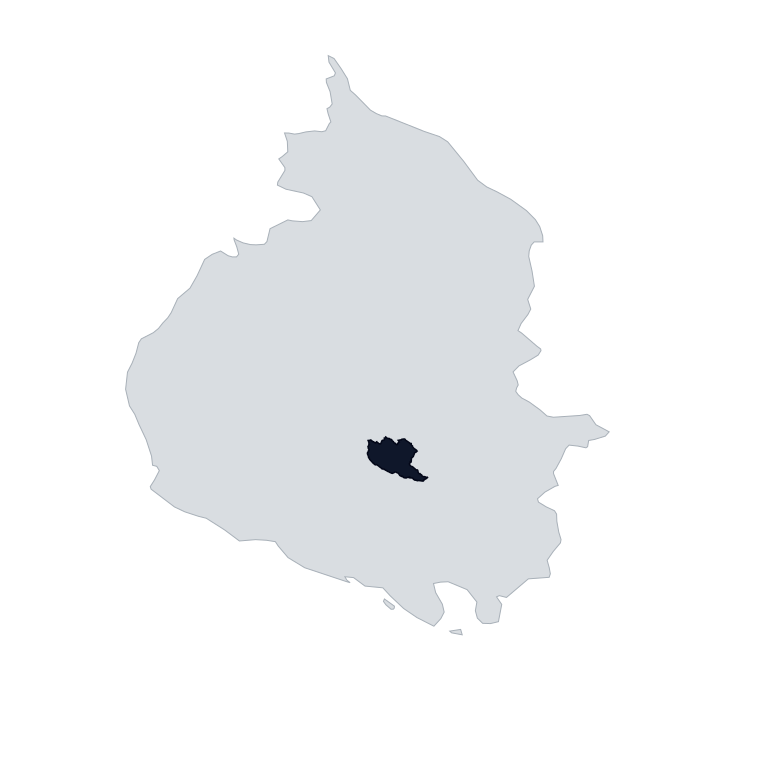 Tuek Phos, Kâmpóng Chhnang, Cambodia shown in context, rotated 309°
{"feature_id": "14789045B78465140350357", "entity_name": "Tuek Phos", "entity_type": "district", "adm_level": 2, "iso_a3": "KHM", "parent_name": "Cambodia", "parent_adm1": "Kâmpóng Chhnang", "projection": "equal_earth", "projection_center": [104.364, 12.056], "detail": "fine", "context": "in_parent", "style": "filled", "palette": "ink", "viewbox_px": 768, "rotation_deg": 309, "n_neighbors": 0, "source": "geoboundaries", "source_scale": "gbopen_adm2", "svg_char_len": 8299}
<svg xmlns="http://www.w3.org/2000/svg" viewBox="0 0 768 768"><g transform="rotate(309 384 384)"><path d="M604.1,134.0L605.5,140.4L602.0,152.5L598.2,163.5L591.0,173.0L590.7,180.1L588.3,201.1L589.3,207.8L591.0,213.6L593.3,216.6L599.7,237.2L605.5,256.0L611.2,271.4L612.3,281.1L607.2,305.8L601.3,328.5L601.8,339.8L604.5,351.1L607.3,366.2L608.4,385.6L607.0,398.2L604.3,406.0L599.1,414.0L594.5,418.1L589.0,411.3L584.7,411.0L578.8,413.1L574.2,416.2L564.9,428.0L554.6,439.4L540.2,442.4L534.6,450.9L528.6,452.1L517.3,452.5L509.8,454.5L510.2,458.8L509.6,479.0L509.8,483.7L508.7,485.0L503.5,485.6L494.8,482.5L483.0,477.5L474.6,476.7L470.3,485.5L467.7,488.9L464.5,489.5L461.2,491.0L460.1,495.0L459.8,499.9L461.4,508.3L462.1,521.7L461.7,530.8L464.8,536.6L482.8,556.0L488.2,560.8L488.8,563.7L485.7,574.3L488.5,589.1L482.8,588.8L473.4,582.5L468.9,578.6L463.4,581.7L461.5,581.1L457.8,573.8L453.0,566.3L448.0,565.9L437.5,568.8L426.7,570.8L422.7,570.8L421.0,572.2L414.8,583.2L412.1,581.3L401.3,577.1L391.4,575.5L389.4,578.4L390.6,587.4L392.8,596.3L391.5,600.0L386.1,604.7L378.9,613.0L374.5,619.5L371.5,621.1L360.5,620.9L349.7,621.7L345.3,627.9L341.2,632.7L337.7,634.0L323.4,618.8L295.2,613.5L292.1,606.8L289.4,605.4L286.8,614.2L271.3,622.5L264.8,617.5L260.1,611.3L260.8,603.9L265.3,597.7L273.0,593.4L276.5,578.0L270.7,558.3L265.6,552.6L260.1,548.0L254.4,555.4L249.6,567.9L244.6,574.3L237.5,575.8L227.2,575.2L223.2,556.5L221.9,540.5L223.3,522.2L224.9,511.4L215.0,496.4L214.4,482.2L209.6,474.9L208.2,478.6L208.3,482.7L207.0,479.7L191.3,438.0L188.7,418.7L191.5,403.8L193.1,398.8L188.6,391.0L182.2,382.1L171.0,370.4L170.3,352.0L167.8,330.3L164.4,323.0L159.3,309.6L156.6,298.5L155.7,269.2L157.2,266.9L165.1,266.0L175.3,263.9L177.0,259.2L175.2,255.3L181.7,248.7L191.1,234.2L198.4,219.0L203.6,209.4L206.8,200.0L217.3,186.5L231.8,177.2L241.7,175.1L251.9,171.9L261.8,167.4L266.4,167.0L278.6,172.4L285.2,173.8L292.1,173.7L299.3,174.3L305.6,173.7L320.5,169.9L336.4,172.9L350.5,170.6L368.0,166.2L376.7,168.9L384.5,173.3L385.6,182.2L387.4,186.3L390.0,189.4L393.5,189.4L398.0,183.2L401.7,176.8L402.9,175.6L403.1,178.8L405.0,185.7L408.3,192.5L411.7,197.1L417.3,203.1L421.0,203.4L433.0,197.7L451.0,206.0L453.1,210.1L458.9,218.5L465.2,224.6L479.2,225.0L484.2,210.1L481.7,201.1L473.7,185.3L471.5,176.0L474.1,174.4L487.6,172.6L489.8,170.8L492.7,160.6L496.4,161.7L503.9,163.1L511.8,156.1L516.5,148.7L519.1,152.1L521.9,157.2L525.0,160.2L530.7,164.6L537.0,170.8L540.9,176.9L544.1,179.3L552.1,177.6L554.2,177.8L558.9,170.5L562.1,166.4L564.9,167.6L569.0,167.5L577.3,158.1L582.1,149.5L584.7,147.1L592.2,151.4L595.2,150.5L599.5,138.7L604.1,134.0ZM217.9,531.9L216.3,533.0L214.9,533.0L213.4,531.2L213.6,524.5L214.7,520.4L217.2,519.6L217.9,531.9ZM241.5,598.0L238.3,602.6L233.2,593.2L233.3,590.6L241.5,598.0Z" fill="#d9dde1" stroke="#a8b0b8" stroke-width="1"/><path d="M330.1,407.2L329.7,408.0L329.2,408.6L329.0,409.2L328.7,409.5L328.4,409.6L328.2,409.8L328.0,410.3L328.0,410.5L327.9,410.6L327.6,410.3L327.4,410.5L327.0,410.5L326.7,410.8L326.2,411.0L326.0,410.8L325.7,410.9L325.3,410.9L325.2,411.1L325.0,411.3L324.9,411.4L324.8,411.7L324.6,411.8L324.3,412.0L324.0,412.5L323.9,412.7L323.8,413.2L323.6,413.7L323.4,413.6L322.8,414.1L322.6,414.1L322.3,414.2L322.1,414.0L321.8,414.2L321.3,414.3L321.2,414.4L320.8,414.5L320.6,414.4L320.5,414.5L320.0,414.5L319.6,414.8L319.5,415.0L319.3,415.2L319.0,415.5L318.7,416.3L318.2,416.8L318.1,417.5L317.9,417.5L317.6,417.9L317.5,418.0L317.3,418.1L317.1,418.3L317.0,418.7L317.1,419.0L316.8,419.5L316.6,420.0L316.4,420.3L316.4,420.8L316.2,421.3L316.0,423.2L315.6,425.2L315.8,425.5L316.0,425.6L316.0,425.9L315.9,426.1L315.6,426.4L315.6,426.6L315.6,427.1L315.6,427.3L315.6,427.8L315.8,428.3L316.2,428.4L316.4,428.7L316.6,428.8L316.6,429.2L316.8,429.4L316.7,429.8L316.8,430.0L316.8,431.1L316.9,431.9L316.8,432.3L316.8,433.0L316.9,433.3L316.9,434.6L316.9,434.9L316.9,435.3L317.0,435.8L316.8,436.1L317.0,436.3L317.3,436.3L317.5,436.9L317.7,437.1L317.8,437.4L317.7,437.8L317.9,437.9L317.8,438.2L317.9,438.6L318.1,438.9L318.0,439.5L318.3,440.6L318.3,441.2L318.4,441.3L318.5,441.5L318.4,441.8L318.5,442.3L318.7,442.6L318.8,442.8L318.9,444.1L319.1,444.5L319.2,445.1L319.5,446.2L319.8,446.7L320.1,447.0L321.0,447.3L321.4,447.6L322.2,447.8L322.5,447.8L322.8,448.2L323.0,448.7L323.1,449.0L323.2,449.8L323.5,450.5L323.6,451.1L323.4,452.3L322.9,453.6L322.9,454.4L323.1,454.8L323.1,455.1L323.1,455.3L323.3,455.5L323.2,455.7L323.2,455.8L323.4,456.1L323.6,456.1L323.5,456.3L323.7,456.5L323.7,457.0L323.9,456.9L324.0,457.0L323.9,457.6L323.8,457.8L323.7,457.9L323.7,458.1L323.8,458.2L323.8,458.4L323.8,458.7L324.3,459.4L324.7,459.7L324.7,459.9L324.8,459.9L324.9,460.2L325.1,460.2L325.2,460.5L325.5,460.5L325.8,460.8L326.1,460.9L326.2,461.1L326.4,461.3L326.5,461.5L326.8,461.6L326.8,461.9L327.3,462.1L327.3,462.4L327.3,462.5L327.4,462.4L327.5,462.6L327.8,462.6L327.7,462.8L327.8,462.9L327.8,463.0L327.9,463.7L328.0,463.7L328.2,464.0L328.3,464.4L328.3,464.5L328.5,464.7L328.5,464.9L328.6,465.0L328.8,465.3L328.9,465.5L328.8,465.8L328.8,466.1L328.6,466.3L328.6,466.5L328.7,466.8L328.5,467.1L328.6,467.3L328.8,467.9L328.7,468.0L328.8,468.2L328.7,468.5L328.8,468.6L329.0,469.0L329.4,469.2L329.5,469.5L329.5,470.0L329.7,470.4L329.8,470.7L330.0,470.7L330.0,471.0L330.4,471.3L330.6,471.5L331.0,471.9L331.0,472.1L331.4,472.5L331.5,472.9L331.8,473.2L331.9,473.5L332.1,473.5L332.2,474.0L332.6,474.8L333.0,475.0L333.1,475.4L333.4,475.6L333.7,475.3L333.9,475.4L334.4,475.2L334.9,475.7L335.2,475.5L335.4,475.4L335.5,475.5L335.9,475.7L336.0,475.9L336.2,476.1L336.3,476.1L336.6,476.0L337.0,476.4L337.3,476.5L337.4,476.4L337.5,476.4L337.8,476.4L338.0,476.5L338.7,476.7L338.8,476.4L338.5,476.3L338.4,476.2L338.3,475.8L338.1,475.5L338.0,475.1L337.9,475.0L337.9,474.7L337.7,474.5L337.7,474.2L337.6,473.8L337.0,473.3L336.7,472.6L336.7,472.3L336.7,472.2L336.4,471.7L336.6,471.3L336.6,471.2L336.8,471.0L336.8,470.8L337.0,470.6L336.9,469.3L336.8,469.2L336.9,468.6L337.0,468.4L336.5,468.0L336.4,467.8L336.5,467.2L336.7,466.5L336.8,466.2L338.0,464.8L338.2,464.4L338.2,464.0L338.2,463.9L337.7,463.3L337.4,462.9L337.6,461.4L337.6,459.9L337.7,459.2L337.6,458.4L337.6,457.9L337.4,457.5L337.1,456.8L337.1,456.6L337.1,455.6L337.1,455.4L337.2,454.8L337.7,454.4L337.8,454.4L337.8,454.2L338.1,454.1L338.1,453.9L338.3,453.9L338.7,453.9L339.1,453.7L339.6,453.9L339.7,453.7L339.8,453.9L340.0,454.1L340.2,453.9L340.7,454.0L340.9,453.9L340.9,453.7L341.0,453.7L341.4,453.6L341.5,453.6L341.6,453.3L342.0,453.1L342.3,452.8L342.7,452.7L342.9,452.5L343.1,452.5L343.3,452.4L343.7,451.8L344.0,451.9L344.8,452.2L345.4,452.3L345.9,452.4L346.8,452.2L347.9,451.7L348.7,451.6L349.4,451.1L349.6,451.1L350.2,451.2L350.7,451.6L351.1,451.6L351.6,451.9L352.1,451.6L352.4,451.7L352.7,451.9L353.0,451.1L353.0,450.7L352.9,448.8L352.7,448.3L352.9,447.4L352.9,447.0L353.2,445.7L353.8,445.1L353.7,444.2L353.8,443.7L353.9,443.4L354.5,443.1L354.7,442.8L354.9,442.6L354.7,442.3L354.2,441.9L354.4,441.5L354.3,441.0L354.3,439.9L354.2,439.1L354.2,438.3L354.1,437.8L354.1,437.6L354.0,437.3L354.0,436.7L353.9,436.0L353.9,435.9L354.2,435.5L354.3,435.3L354.2,435.2L354.1,434.4L353.9,434.1L353.3,433.7L353.1,433.5L353.1,433.4L352.8,433.2L352.5,432.7L352.2,432.6L351.3,432.5L350.9,431.9L350.3,431.5L349.9,431.0L349.5,430.9L349.1,430.5L348.5,432.5L347.5,432.1L347.0,432.0L346.1,432.2L345.6,432.5L344.9,432.2L344.8,431.8L344.7,430.6L344.7,430.4L345.0,430.4L345.0,429.9L344.7,429.2L344.7,428.6L344.8,428.1L345.2,427.5L345.0,426.7L345.0,426.3L345.2,425.8L345.5,425.3L345.5,424.6L345.4,424.2L344.8,423.7L344.7,423.5L344.8,423.4L344.9,423.2L345.0,423.1L345.0,422.5L344.9,422.2L344.6,422.0L344.3,421.3L344.0,421.0L343.9,420.8L343.9,419.9L343.8,419.6L343.9,419.1L344.0,418.9L344.0,418.6L343.9,418.6L343.7,419.0L343.6,418.9L343.3,419.0L343.2,418.8L342.8,418.8L342.7,418.8L342.2,418.2L342.0,418.3L341.7,418.8L341.3,419.2L341.0,419.3L340.3,419.1L339.2,418.2L338.9,418.1L338.2,418.2L335.7,419.0L335.3,419.0L335.0,418.7L334.5,417.7L334.5,417.0L334.5,416.2L334.4,415.7L334.4,415.3L334.4,415.1L334.6,414.7L334.1,414.5L333.8,414.7L333.3,414.5L333.2,414.6L332.9,414.7L332.7,414.1L332.5,413.3L332.6,412.5L332.6,412.2L332.2,411.6L332.2,411.3L332.3,410.8L332.2,410.5L332.0,410.0L332.1,409.4L332.3,409.0L332.1,408.8L331.6,408.7L330.7,407.7L330.3,407.4L330.1,407.2Z" fill="#0f172a" stroke="#020617" stroke-width="1.5"/></g></svg>